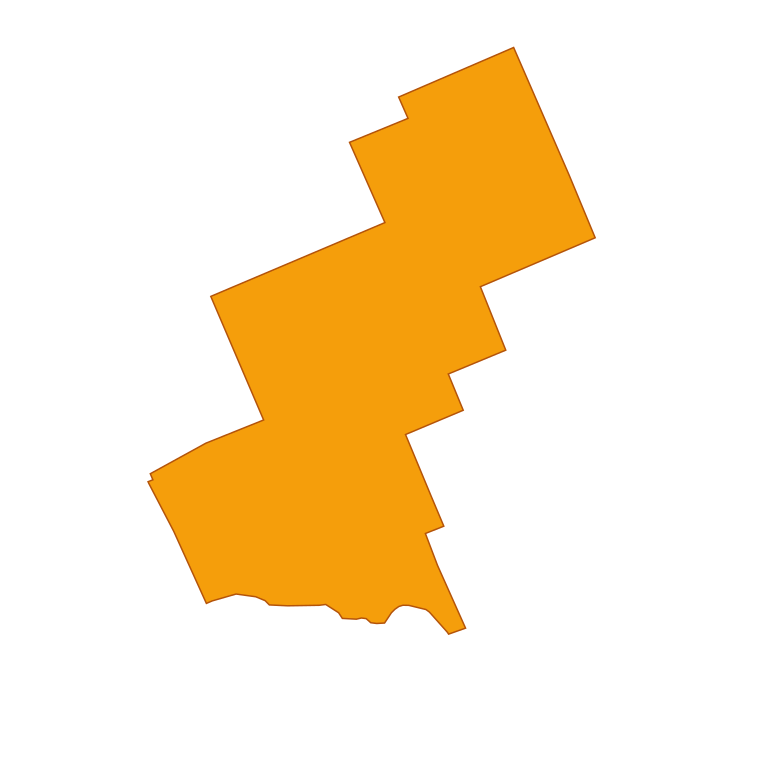 Oconto, Wisconsin, United States of America (Equal Earth projection), rotated 66°
{"feature_id": "52423323B46591064068205", "entity_name": "Oconto", "entity_type": "district", "adm_level": 2, "iso_a3": "USA", "parent_name": "United States of America", "parent_adm1": "Wisconsin", "projection": "equal_earth", "projection_center": [-88.069, 45.026], "detail": "fine", "context": "isolated", "style": "filled", "palette": "amber", "viewbox_px": 768, "rotation_deg": 66, "n_neighbors": 0, "source": "geoboundaries", "source_scale": "gbopen_adm2", "svg_char_len": 794}
<svg xmlns="http://www.w3.org/2000/svg" viewBox="0 0 768 768"><g transform="rotate(66 384 384)"><path d="M233.5,506.6L367.9,508.6L365.6,570.8L370.9,634.0L377.5,634.1L377.3,639.3L379.1,639.3L433.2,636.0L512.2,635.5L512.3,629.0L515.7,604.6L526.2,587.7L533.6,580.7L539.2,578.6L547.4,562.3L559.8,533.2L561.7,526.9L574.5,518.5L581.2,517.4L587.6,504.9L588.6,499.8L591.1,495.7L596.7,493.2L599.8,488.1L602.6,480.7L596.0,470.3L594.2,465.6L593.3,460.9L593.8,456.7L596.3,451.4L607.1,437.4L610.8,435.3L636.5,427.1L638.8,426.7L640.2,408.8L571.5,408.9L537.4,407.0L538.2,387.2L504.0,386.5L438.9,384.9L440.2,322.3L401.0,321.2L402.6,259.0L334.3,256.4L336.3,131.6L268.3,129.9L129.3,128.7L127.8,253.9L151.1,254.0L149.2,317.2L236.9,317.5L233.5,506.6Z" fill="#f59e0b" stroke="#b45309" stroke-width="1.5"/></g></svg>